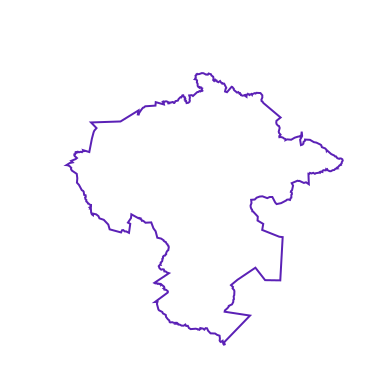 outline of Hidalgo del Parral, Chihuahua, Mexico, rotated 124°
{"feature_id": "50627088B29513043306551", "entity_name": "Hidalgo del Parral", "entity_type": "district", "adm_level": 2, "iso_a3": "MEX", "parent_name": "Mexico", "parent_adm1": "Chihuahua", "projection": "robinson", "projection_center": [-105.698, 27.115], "detail": "fine", "context": "isolated", "style": "outline", "palette": "violet", "viewbox_px": 384, "rotation_deg": 124, "n_neighbors": 0, "source": "geoboundaries", "source_scale": "gbopen_adm2", "svg_char_len": 5935}
<svg xmlns="http://www.w3.org/2000/svg" viewBox="0 0 384 384"><g transform="rotate(124 192 192)"><path d="M300.0,79.7L298.6,81.3L262.0,74.8L273.0,98.0L271.8,98.5L268.4,97.6L266.1,97.5L265.8,97.8L262.8,96.0L260.1,96.3L258.3,97.4L257.4,97.3L255.2,99.1L253.9,99.3L250.5,101.4L249.8,102.2L249.2,104.5L247.8,104.9L247.4,107.6L239.3,105.2L219.3,97.1L224.2,82.1L215.9,69.4L178.7,91.6L180.3,94.7L184.2,112.6L178.6,115.1L179.0,121.7L175.6,123.7L174.0,130.5L174.3,131.2L173.0,132.4L172.8,133.4L171.6,135.0L170.4,135.9L167.9,136.5L165.4,138.6L163.2,135.8L160.5,135.2L157.9,133.3L156.2,131.2L155.0,126.2L152.6,124.7L151.2,122.6L154.2,117.1L154.7,115.1L151.4,111.9L146.4,109.2L145.5,109.1L144.4,108.1L143.8,106.3L142.0,106.8L141.1,106.5L138.9,108.0L137.8,108.0L136.6,109.1L136.7,110.1L135.5,110.4L134.5,110.1L130.2,111.8L128.9,114.3L123.6,110.8L123.3,109.8L122.7,109.1L121.9,104.3L120.2,102.9L120.2,99.5L111.7,105.7L111.3,104.9L110.2,104.9L109.8,103.3L108.3,102.2L108.2,100.3L107.2,99.9L105.0,97.5L104.3,97.4L104.4,96.6L103.0,96.5L102.5,95.1L101.6,95.6L100.5,95.3L99.3,93.3L98.1,93.6L98.2,93.0L97.6,92.7L98.1,92.1L97.8,89.6L97.1,88.5L95.3,87.6L94.2,86.4L92.5,86.1L91.4,84.9L91.4,85.4L90.9,85.5L89.5,84.8L87.5,84.6L86.3,83.7L86.0,84.2L84.6,83.9L83.6,84.5L81.7,84.6L80.8,85.7L80.9,87.2L81.6,88.3L82.2,88.5L82.7,90.4L82.0,92.5L82.5,93.2L82.2,94.5L82.7,97.7L82.0,103.4L82.6,103.4L81.8,104.2L81.4,106.0L82.2,109.4L80.9,111.1L80.9,112.2L81.5,116.5L82.5,118.8L82.8,123.4L85.3,127.6L86.2,127.0L88.2,127.5L89.6,126.7L90.9,126.9L92.2,127.9L88.2,131.6L84.0,132.0L80.6,134.8L84.1,133.0L85.0,133.7L85.7,133.5L86.6,134.9L89.5,137.2L93.2,139.0L95.2,142.6L96.7,143.5L96.0,143.8L95.9,144.6L96.2,145.6L96.1,147.3L96.7,149.0L97.7,150.2L96.9,150.9L95.0,150.6L94.3,153.0L93.4,153.9L89.9,155.1L88.7,156.7L88.9,158.0L88.3,160.0L87.3,161.0L85.7,161.8L80.7,160.2L78.3,182.6L77.6,184.2L77.8,185.0L76.7,186.1L74.4,186.5L72.5,187.8L71.7,190.6L73.8,194.1L74.8,194.3L75.0,195.3L77.1,196.7L77.9,196.5L77.5,197.6L79.3,198.5L79.0,199.0L79.5,199.5L79.4,200.5L80.1,200.5L81.2,201.6L81.3,201.1L82.0,201.1L82.0,200.5L82.6,200.1L82.6,202.7L83.9,204.0L84.3,205.6L83.7,206.0L84.0,207.3L83.2,207.7L83.6,208.5L83.3,209.5L84.4,210.2L84.0,214.0L83.7,214.7L83.1,215.0L82.4,217.3L82.6,218.0L89.7,218.8L90.2,220.8L87.7,221.8L86.5,221.8L84.2,225.9L85.2,227.4L84.7,227.8L85.1,228.8L84.3,230.8L86.2,231.5L86.4,233.0L85.8,234.1L86.5,234.7L86.1,235.5L87.6,235.7L87.3,237.1L86.1,237.4L84.6,238.9L84.5,241.1L83.8,242.1L84.5,244.5L85.9,244.5L86.2,245.4L86.8,245.9L87.1,248.8L87.9,250.3L90.1,251.9L91.2,253.2L91.2,253.8L92.0,254.1L92.3,253.8L93.7,254.1L94.7,253.0L95.9,252.9L96.1,252.3L96.8,252.5L96.3,251.3L96.9,250.0L98.4,249.3L99.1,247.9L100.8,246.7L101.2,245.9L101.4,245.2L101.0,244.9L101.3,244.1L100.6,244.0L100.6,243.2L100.2,242.7L100.6,242.2L100.5,241.7L101.1,241.8L102.2,240.0L102.7,240.2L102.9,241.1L103.9,241.2L104.2,242.3L105.4,242.6L106.2,243.5L111.9,244.9L111.8,246.3L113.5,248.3L114.8,246.6L116.9,245.6L117.4,244.9L118.5,244.5L120.0,244.9L121.3,246.2L120.4,247.2L120.4,248.1L119.6,248.2L119.6,249.6L118.4,249.7L118.2,250.6L117.5,250.8L117.6,252.2L116.7,253.3L117.2,254.0L119.5,253.8L119.6,254.4L120.2,254.7L122.6,255.1L124.1,254.8L125.9,256.5L128.0,256.4L128.3,256.8L128.0,257.8L128.4,258.7L129.0,258.8L130.4,260.7L131.0,260.3L131.8,261.2L130.8,262.5L131.2,264.0L131.9,264.9L132.7,265.2L132.9,266.4L133.6,266.7L133.9,265.4L135.1,264.2L137.8,272.3L140.8,270.6L147.1,278.7L148.9,279.2L149.6,279.8L152.0,280.0L155.8,280.0L157.6,279.5L158.0,280.3L154.3,282.0L173.5,290.7L190.8,314.6L192.4,306.9L195.7,307.3L197.4,307.0L203.8,304.8L216.3,299.5L218.1,305.3L218.5,304.4L219.5,305.5L220.5,305.5L221.0,306.9L222.3,307.9L222.4,309.1L223.6,309.4L223.3,310.0L224.0,310.8L226.0,310.0L226.5,310.6L227.3,310.2L227.8,309.3L228.2,306.4L229.8,306.9L233.8,309.6L234.2,307.5L236.3,309.5L239.9,311.1L239.4,310.2L239.0,307.9L239.5,305.6L240.6,305.2L241.4,303.6L241.4,297.7L244.7,294.8L248.6,292.6L249.3,289.7L252.1,284.4L252.0,282.9L252.3,282.0L254.7,279.8L254.2,278.4L255.5,277.3L256.3,277.6L257.6,276.2L257.7,275.1L258.9,274.4L259.1,272.7L259.7,271.8L259.4,271.3L259.7,269.7L259.2,268.5L260.6,267.6L261.9,268.2L261.9,267.1L262.8,267.1L262.5,266.4L265.6,264.0L265.9,263.0L266.5,262.6L266.6,261.1L265.2,261.8L264.1,258.9L264.3,256.1L265.6,254.0L264.4,249.6L265.8,243.2L269.0,239.4L265.2,228.2L262.8,228.6L262.0,227.7L262.3,225.8L261.5,224.6L261.1,221.4L252.9,225.4L253.2,228.0L247.7,228.0L244.4,229.8L243.7,221.7L243.1,221.5L242.6,219.8L243.4,219.5L243.1,218.5L243.9,217.4L243.3,216.7L243.2,215.8L243.5,213.4L240.0,208.8L243.7,203.6L244.9,200.2L249.3,195.2L247.9,191.6L247.9,188.5L248.3,188.1L248.4,186.7L248.1,185.9L249.1,184.0L249.1,182.9L249.9,182.1L249.9,181.3L250.7,180.4L253.6,179.1L254.2,179.5L255.5,179.6L257.2,179.2L258.1,178.6L258.5,179.0L259.7,178.8L260.8,179.8L262.1,179.8L262.8,179.1L264.2,179.2L264.4,178.7L266.2,178.0L268.0,178.5L268.6,177.9L269.8,177.9L270.0,177.5L270.2,177.9L272.1,178.1L273.4,176.2L273.6,174.1L272.4,173.0L272.0,172.0L273.3,170.5L272.6,169.5L272.7,167.7L272.2,165.7L288.4,172.4L288.3,171.3L287.2,170.2L287.5,169.3L286.7,168.6L286.7,167.6L286.0,167.3L285.7,166.3L286.4,165.7L285.8,165.5L286.1,162.2L287.0,161.2L287.8,161.6L287.8,161.0L288.4,160.4L287.6,158.7L287.8,156.6L288.3,156.1L289.0,155.9L303.9,161.2L302.4,159.2L304.4,158.5L308.2,154.1L308.5,153.2L308.1,149.5L308.9,148.3L308.6,145.0L310.1,143.6L311.0,140.9L311.2,139.0L312.3,137.8L312.3,137.1L311.0,135.6L310.6,133.8L308.9,131.4L309.0,130.5L309.6,130.8L309.2,130.2L309.6,129.2L308.8,128.0L308.6,125.9L307.4,124.1L305.6,123.4L306.3,121.9L305.3,120.6L306.5,118.5L306.4,116.4L303.2,112.4L302.6,110.7L302.7,110.0L302.1,109.6L302.0,108.8L301.3,108.9L300.8,108.4L300.1,108.9L299.1,106.5L299.2,104.8L297.3,104.6L296.6,103.3L298.0,101.1L298.8,97.6L296.4,93.7L296.4,91.2L295.7,88.8L297.9,86.9L299.7,86.0L300.2,85.1L300.2,84.2L298.2,83.4L300.4,81.1L300.7,80.2L300.0,79.7Z" fill="none" stroke="#5b21b6" stroke-width="2"/></g></svg>